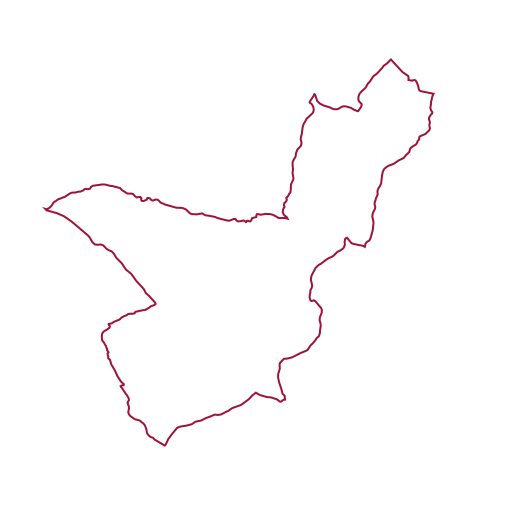 Jenesano, Boyacá, Colombia, rotated 261°
{"feature_id": "7082276B5512700200640", "entity_name": "Jenesano", "entity_type": "district", "adm_level": 2, "iso_a3": "COL", "parent_name": "Colombia", "parent_adm1": "Boyacá", "projection": "orthographic", "projection_center": [-73.37, 5.373], "detail": "fine", "context": "isolated", "style": "outline", "palette": "rose", "viewbox_px": 512, "rotation_deg": 261, "n_neighbors": 0, "source": "geoboundaries", "source_scale": "gbopen_adm2", "svg_char_len": 6086}
<svg xmlns="http://www.w3.org/2000/svg" viewBox="0 0 512 512"><g transform="rotate(261 256 256)"><path d="M388.5,456.7L393.1,444.4L393.9,443.4L395.1,442.9L398.1,442.8L401.4,442.2L404.3,441.2L405.1,439.9L404.8,437.4L406.0,434.1L408.0,434.5L409.3,434.6L410.2,434.3L414.7,429.5L429.0,420.0L425.6,415.4L423.9,411.8L422.0,410.0L418.0,405.0L416.2,402.3L415.7,400.8L415.2,400.0L410.5,395.8L408.8,393.5L405.2,390.7L403.4,388.2L402.3,386.3L400.0,383.6L398.0,382.4L395.2,381.6L393.4,381.7L392.1,382.3L389.6,384.1L388.3,383.9L386.5,382.8L383.2,379.7L383.1,379.0L385.5,375.2L387.4,373.1L389.8,367.9L390.2,365.2L389.5,362.8L388.5,360.5L388.3,358.8L388.6,356.8L389.4,354.7L391.4,351.9L394.0,346.4L396.8,342.7L399.8,340.6L405.3,339.8L406.4,339.4L406.7,339.0L404.5,337.4L400.0,333.2L399.3,333.0L398.8,333.3L397.5,334.7L396.7,335.1L394.2,335.9L391.8,336.0L389.7,335.3L388.2,334.2L383.7,327.5L381.0,325.5L379.9,324.5L377.7,323.0L376.2,322.3L369.3,320.3L366.7,319.1L365.2,318.6L364.3,318.4L361.0,318.7L359.4,318.3L357.6,317.4L354.5,313.4L351.2,311.6L347.7,310.5L345.2,308.3L343.6,307.2L342.3,306.7L339.6,306.3L335.9,306.1L332.4,305.1L326.8,305.1L325.9,304.9L321.1,301.7L315.1,300.5L313.5,299.8L312.8,299.3L312.5,298.7L310.1,297.0L308.6,294.9L307.2,295.3L306.6,295.2L305.2,294.3L303.6,292.1L301.8,291.5L300.2,291.9L299.6,291.6L298.9,290.7L296.8,289.7L295.0,289.3L292.8,289.8L291.6,290.5L289.8,292.3L287.9,293.0L289.0,290.6L289.8,284.7L290.4,283.7L291.1,283.1L294.2,278.9L295.2,276.3L296.1,271.8L296.0,267.2L297.3,263.8L296.4,262.8L295.0,262.6L294.5,262.3L293.9,257.8L292.2,257.1L291.1,255.8L291.2,254.9L292.2,253.4L292.0,252.5L291.1,251.8L291.1,251.3L292.4,250.2L293.0,249.3L292.8,245.5L293.0,243.7L294.1,242.3L295.8,241.5L295.9,241.1L296.0,239.7L295.1,235.6L295.3,233.8L295.9,232.2L299.5,224.0L301.1,221.4L303.4,215.0L303.9,212.9L304.9,211.3L306.5,209.7L306.4,203.9L307.4,199.4L308.3,197.6L313.0,194.0L314.5,191.7L315.3,189.6L316.1,185.0L321.0,174.3L322.4,172.3L322.9,171.2L323.8,170.1L326.0,168.6L327.2,167.3L327.4,165.2L326.9,162.9L327.1,162.1L328.2,161.0L329.4,160.3L329.9,159.5L330.3,158.1L330.2,157.7L329.0,157.1L328.6,156.6L327.9,153.4L328.2,152.1L328.5,151.6L329.3,151.5L330.1,151.4L330.7,151.8L331.5,151.7L332.6,150.7L332.5,147.3L334.1,145.7L336.4,144.3L337.2,142.6L337.6,139.4L338.2,138.2L342.2,133.8L344.6,132.2L345.1,130.4L346.1,128.8L346.3,127.7L347.5,125.4L347.9,123.4L350.1,118.4L350.7,115.7L350.9,105.9L350.1,103.9L348.5,102.7L348.4,102.3L348.3,100.3L349.1,98.0L348.6,96.6L347.9,95.9L347.1,92.8L347.3,90.1L346.9,87.3L347.2,86.3L347.3,83.6L346.8,81.8L344.2,76.2L344.1,74.7L343.1,71.0L343.3,70.3L343.1,69.7L341.4,66.5L341.0,65.3L340.1,64.1L337.9,62.2L336.5,60.5L335.5,58.7L335.0,56.1L335.4,55.3L333.8,56.4L329.6,65.8L325.2,72.7L318.7,79.4L303.0,92.9L300.9,94.4L295.6,96.4L292.7,98.5L291.7,101.9L291.8,104.1L290.4,106.8L286.6,109.4L285.0,111.1L283.2,114.1L280.7,115.9L276.0,117.8L269.8,122.3L263.1,125.3L257.9,130.0L250.2,133.8L240.9,140.0L236.4,141.5L233.8,143.8L225.7,149.1L224.4,149.3L223.4,147.7L222.8,144.3L221.6,142.3L220.1,138.2L220.0,137.2L220.2,135.6L220.0,134.0L220.1,132.1L219.8,130.8L219.8,128.3L218.5,127.2L218.3,126.2L218.2,125.3L218.7,122.9L218.6,120.5L217.7,118.8L217.2,116.2L216.3,113.7L214.6,111.3L214.3,110.2L213.2,105.3L212.0,103.1L212.0,100.1L211.5,99.7L209.4,100.7L208.1,100.1L206.4,96.8L205.8,94.9L204.7,93.0L203.7,92.1L202.0,91.4L199.2,90.9L196.6,90.9L194.0,92.4L192.3,92.9L190.3,93.9L189.2,93.9L187.7,94.4L186.3,94.2L184.0,95.3L182.7,94.0L179.5,94.4L178.8,94.0L178.1,94.1L176.4,95.5L171.3,96.2L165.4,98.6L158.5,100.5L152.9,103.1L150.2,105.3L149.5,105.3L149.1,105.0L149.1,103.0L148.7,101.9L148.4,101.9L145.5,103.5L139.6,106.1L138.7,106.8L135.2,108.0L133.4,107.9L131.5,106.3L130.7,106.2L127.4,106.8L125.7,106.8L121.8,105.4L119.8,105.7L118.5,106.3L117.1,107.3L113.8,110.7L112.1,114.6L111.2,116.0L110.1,116.7L108.0,118.7L106.2,119.7L102.4,120.6L99.2,120.6L97.3,120.9L94.7,122.6L93.7,123.8L92.5,126.0L90.5,127.2L83.0,136.2L83.5,136.9L85.0,138.1L88.9,140.7L93.3,145.2L98.3,150.9L98.8,151.7L99.3,154.0L99.4,161.6L99.9,166.0L100.1,166.8L101.5,169.5L101.9,171.0L102.0,175.6L102.7,178.1L103.7,180.8L104.5,185.3L105.8,190.6L104.9,193.8L105.0,196.8L107.1,203.1L107.3,204.4L109.2,208.0L109.8,210.2L111.1,217.5L111.8,219.1L115.8,226.7L118.7,230.3L121.0,234.5L118.5,237.5L117.5,239.3L114.8,245.2L114.1,248.5L111.2,254.2L108.4,256.8L108.2,257.9L109.7,260.6L109.6,262.2L113.5,262.4L115.8,260.7L116.2,260.6L120.2,260.3L127.4,259.1L132.9,258.8L136.3,259.6L140.7,261.8L145.4,262.4L146.7,263.0L150.1,267.5L149.8,271.0L150.3,276.0L153.3,285.2L154.5,290.5L155.2,292.4L158.8,295.5L160.0,297.0L160.2,297.6L163.3,301.2L165.5,303.2L167.0,305.6L169.9,307.1L172.2,307.5L176.8,309.0L179.3,309.2L182.1,308.8L184.6,309.2L186.0,309.8L189.8,312.1L192.8,312.6L194.2,312.3L202.1,307.5L203.2,306.2L202.8,304.2L202.9,303.5L204.4,302.6L207.1,302.5L209.1,303.0L210.8,303.8L213.7,304.4L215.8,306.0L218.0,306.9L223.7,306.5L225.0,306.7L228.1,307.9L234.9,313.0L236.7,315.4L237.4,316.7L238.3,319.2L241.2,324.4L242.5,327.4L243.2,330.4L244.1,332.6L247.4,337.2L248.4,340.4L249.4,342.5L250.3,343.8L253.0,345.5L256.2,345.8L257.9,346.3L259.1,346.9L259.7,348.2L259.8,348.8L253.7,352.3L252.5,354.6L249.6,362.5L249.0,363.7L248.0,364.9L250.7,366.0L251.6,366.7L252.3,367.4L253.0,368.7L253.2,369.6L254.0,370.7L255.8,371.9L262.8,375.2L270.5,377.3L272.8,377.3L276.4,377.0L278.8,377.6L280.4,378.3L284.0,380.9L285.0,381.3L285.9,381.5L288.0,381.2L289.7,381.4L294.7,383.8L297.7,385.8L300.7,386.0L302.9,386.9L306.1,389.6L308.2,391.0L315.9,393.1L318.8,394.2L320.0,394.9L321.4,395.8L322.3,396.7L324.3,400.5L325.5,406.5L328.1,411.9L329.7,417.2L332.2,420.0L334.7,423.6L337.5,424.9L338.4,425.6L339.8,428.1L340.9,431.0L341.8,432.2L344.2,433.7L345.5,435.2L348.2,436.1L348.7,437.1L350.0,442.4L353.1,446.8L354.5,447.6L355.3,447.8L356.4,447.6L358.4,447.7L360.0,448.4L361.4,448.7L363.8,448.2L365.2,448.5L366.3,449.1L367.9,450.5L368.5,451.1L368.7,451.8L369.8,452.5L370.4,452.7L372.5,451.7L374.8,451.4L375.6,451.5L378.9,452.7L381.3,453.1L382.2,453.7L384.1,454.3L387.1,455.7L388.5,456.7Z" fill="none" stroke="#9f1239" stroke-width="2"/></g></svg>